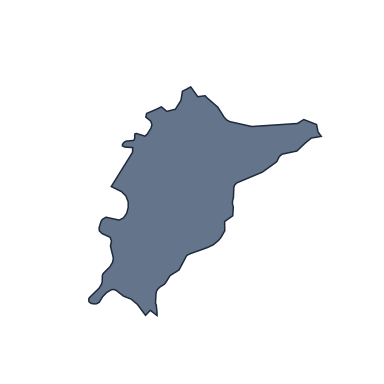 SVG path tracing the border of Málaga, rotated 333°
{"feature_id": "ESP-5834", "entity_name": "Málaga", "entity_type": "Autonomous Community", "adm_level": 1, "iso_a3": "ESP", "parent_name": "Spain", "parent_adm1": "", "projection": "albers", "projection_center": [-4.853, 36.787], "detail": "fine", "context": "isolated", "style": "filled", "palette": "slate", "viewbox_px": 384, "rotation_deg": 333, "n_neighbors": 0, "source": "natural_earth", "source_scale": "10m", "svg_char_len": 1649}
<svg xmlns="http://www.w3.org/2000/svg" viewBox="0 0 384 384"><g transform="rotate(333 192 192)"><path d="M332.4,201.1L328.4,199.9L322.9,198.1L315.1,199.8L304.1,203.1L289.4,199.2L285.8,200.1L281.2,203.5L267.8,205.6L263.6,206.2L236.1,204.2L233.5,205.0L231.5,206.7L227.2,214.3L226.3,215.9L224.2,218.2L222.6,221.0L222.0,224.1L217.5,231.7L207.7,233.1L203.6,241.4L198.2,245.0L196.8,245.8L193.5,247.2L187.0,248.7L180.6,248.5L162.6,246.2L159.2,246.1L157.7,246.6L156.0,247.9L145.0,255.6L134.5,256.5L127.3,260.9L125.4,261.6L119.8,262.2L117.3,263.1L115.3,264.3L113.3,267.0L109.0,274.5L108.9,276.3L106.2,283.3L104.8,286.2L101.1,278.5L94.6,280.8L92.3,267.3L89.2,259.9L83.7,253.7L80.0,245.7L78.4,243.6L76.1,242.5L70.5,242.8L64.9,244.7L59.2,248.2L55.9,248.2L53.7,247.1L51.5,245.4L50.4,243.1L51.3,240.5L52.7,239.5L65.6,235.5L69.6,233.0L71.3,231.1L74.1,225.9L75.6,224.4L85.1,221.3L89.4,218.5L91.9,215.2L94.8,203.2L98.0,199.1L98.5,195.2L93.1,188.4L91.8,184.6L92.8,181.9L97.4,177.1L99.6,175.7L103.9,175.4L114.4,184.0L119.4,183.9L124.1,181.3L128.1,176.9L130.7,171.7L131.3,165.6L129.4,159.7L122.5,150.5L157.1,129.6L159.3,125.5L152.6,121.5L150.9,119.3L151.3,118.6L151.7,118.1L152.7,117.4L154.5,116.8L156.5,116.8L163.0,119.4L164.2,119.3L165.5,117.9L166.8,115.2L167.6,114.3L168.9,114.5L175.5,120.9L178.4,120.1L184.4,116.5L186.9,113.7L187.4,110.1L184.8,104.3L187.2,101.4L197.4,102.1L203.4,102.2L206.1,108.7L214.8,110.7L223.8,105.3L229.2,97.9L238.6,97.8L240.4,109.7L247.4,112.2L248.3,115.3L253.5,128.1L254.6,140.2L255.7,143.7L257.6,146.4L275.0,160.8L317.0,178.8L324.5,178.2L333.6,188.4L331.6,195.6L332.4,201.1Z" fill="#64748b" stroke="#1e293b" stroke-width="1.5"/></g></svg>